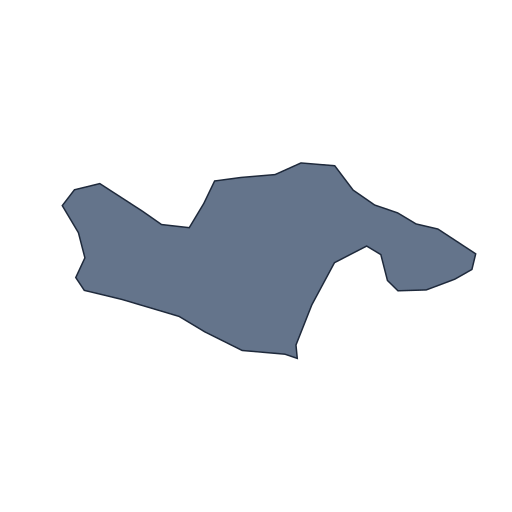 the district of Vellinge, Skåne, Sweden, rotated 211°
{"feature_id": "70781695B48074135992982", "entity_name": "Vellinge", "entity_type": "district", "adm_level": 2, "iso_a3": "SWE", "parent_name": "Sweden", "parent_adm1": "Skåne", "projection": "robinson", "projection_center": [13.015, 55.472], "detail": "fine", "context": "isolated", "style": "filled", "palette": "slate", "viewbox_px": 512, "rotation_deg": 211, "n_neighbors": 0, "source": "geoboundaries", "source_scale": "gbopen_adm2", "svg_char_len": 659}
<svg xmlns="http://www.w3.org/2000/svg" viewBox="0 0 512 512"><g transform="rotate(211 256 256)"><path d="M235.0,373.9L265.4,358.9L281.6,335.6L309.3,315.6L330.1,299.0L327.8,274.1L327.8,245.9L353.2,234.3L376.3,235.9L427.2,237.6L445.7,219.3L446.1,216.0L448.0,199.4L420.2,184.5L401.7,166.3L399.4,144.7L388.4,139.5L385.5,138.1L348.6,149.7L290.8,164.6L260.8,164.6L219.2,167.9L180.7,186.7L167.9,189.5L175.9,200.3L183.0,242.9L185.3,290.7L166.3,321.5L149.7,321.5L130.7,302.7L116.4,299.3L92.6,314.6L73.6,338.6L64.0,355.7L68.8,371.0L114.0,372.8L135.4,365.9L156.8,365.9L180.6,360.8L206.7,362.5L235.0,373.9Z" fill="#64748b" stroke="#1e293b" stroke-width="1.5"/></g></svg>